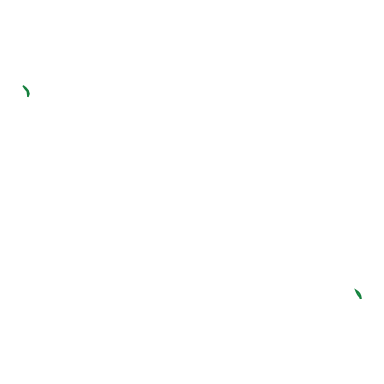 the state/province of Tokelau
{"feature_id": "NZL-5472", "entity_name": "Tokelau", "entity_type": "state/province", "adm_level": 1, "iso_a3": "NZL", "parent_name": "New Zealand", "parent_adm1": "", "projection": "mercator", "projection_center": [-171.723, -8.952], "detail": "fine", "context": "isolated", "style": "filled", "palette": "green", "viewbox_px": 384, "rotation_deg": 0, "n_neighbors": 0, "source": "natural_earth", "source_scale": "10m", "svg_char_len": 379}
<svg xmlns="http://www.w3.org/2000/svg" viewBox="0 0 384 384"><path d="M359.7,296.9L358.4,295.4L357.4,293.8L356.5,292.0L355.8,290.3L357.9,291.7L359.5,293.5L360.5,295.7L361.0,298.2L360.3,298.3L360.1,298.0L360.0,297.4L359.7,296.9ZM27.3,91.4L25.0,88.7L23.0,85.7L25.8,87.9L28.1,90.7L29.0,93.8L27.9,96.9L27.8,95.6L27.3,91.4Z" fill="#22c55e" stroke="#15803d" stroke-width="1.5"/></svg>